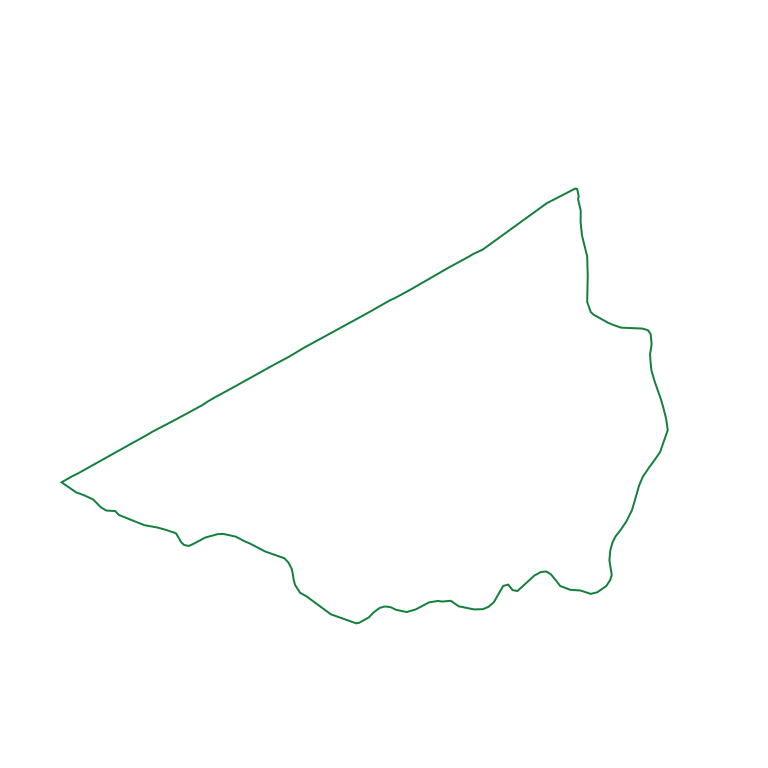 the district of San Jerónimo, Baja Verapaz, Guatemala, rotated 195°
{"feature_id": "79465075B29506691541664", "entity_name": "San Jerónimo", "entity_type": "district", "adm_level": 2, "iso_a3": "GTM", "parent_name": "Guatemala", "parent_adm1": "Baja Verapaz", "projection": "equal_earth", "projection_center": [-90.197, 15.052], "detail": "fine", "context": "isolated", "style": "outline", "palette": "green", "viewbox_px": 768, "rotation_deg": 195, "n_neighbors": 0, "source": "geoboundaries", "source_scale": "gbopen_adm2", "svg_char_len": 1832}
<svg xmlns="http://www.w3.org/2000/svg" viewBox="0 0 768 768"><g transform="rotate(195 384 384)"><path d="M659.2,216.0L662.8,212.8L670.0,205.6L653.2,199.6L645.6,199.0L635.0,197.2L625.6,191.6L619.4,189.9L610.8,191.7L606.2,188.9L579.2,185.6L565.9,186.7L557.9,186.7L546.3,186.0L538.9,178.6L535.5,176.8L530.8,177.0L527.3,179.7L516.8,189.5L505.8,195.9L500.5,197.6L487.6,198.2L478.9,196.2L472.7,195.3L455.0,191.4L435.2,189.9L430.2,186.9L425.2,181.4L422.5,176.0L420.6,171.5L417.9,166.9L411.0,160.6L403.8,158.8L375.8,147.8L349.0,145.6L346.2,146.9L338.2,154.7L334.9,160.7L330.3,166.5L326.2,169.1L323.0,169.8L319.5,170.1L314.0,169.0L303.1,169.6L295.1,174.4L284.0,184.7L275.8,188.4L271.6,188.9L263.3,191.9L254.4,188.6L238.5,189.6L230.2,192.1L225.3,195.9L221.4,201.7L216.6,219.8L212.0,222.4L206.5,218.2L201.5,218.6L189.1,238.0L183.8,243.0L178.5,244.9L173.6,243.4L169.5,240.5L166.6,238.4L161.5,234.5L150.8,233.4L140.7,235.4L129.9,234.8L124.0,238.1L117.0,246.4L114.8,253.1L114.6,258.5L120.6,271.9L122.4,282.1L122.3,289.8L120.9,296.7L117.4,305.0L114.3,314.1L111.8,326.4L111.3,351.9L110.1,361.1L108.4,366.0L106.0,372.9L104.2,377.3L102.0,383.3L99.7,389.8L98.0,412.9L102.4,423.3L108.2,433.7L113.0,441.6L123.1,456.3L129.4,466.7L132.6,475.4L134.7,481.5L135.8,491.7L139.4,501.3L143.0,504.3L148.9,504.4L169.5,499.8L178.0,500.4L183.7,501.2L199.5,505.2L203.0,507.1L209.0,515.9L215.2,541.2L217.8,549.9L220.8,559.9L231.2,578.7L236.0,591.2L238.8,602.2L244.5,613.0L244.4,615.4L247.9,622.4L249.9,622.3L273.7,600.6L323.6,539.2L331.5,532.7L334.6,529.4L352.7,512.2L383.5,481.4L396.1,469.5L400.3,466.0L416.6,449.9L454.4,413.8L466.9,401.9L470.7,398.3L483.3,385.3L490.3,378.8L497.3,372.2L526.6,343.8L543.4,327.8L549.9,321.3L554.1,316.5L577.9,294.0L594.7,278.6L601.7,271.5L611.0,262.6L656.5,218.4L659.2,216.0Z" fill="none" stroke="#15803d" stroke-width="2"/></g></svg>